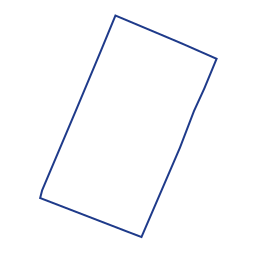 Seneca, Ohio, United States of America, rotated 113°
{"feature_id": "52423323B66347180618520", "entity_name": "Seneca", "entity_type": "district", "adm_level": 2, "iso_a3": "USA", "parent_name": "United States of America", "parent_adm1": "Ohio", "projection": "natural_earth1", "projection_center": [-83.185, 41.124], "detail": "fine", "context": "isolated", "style": "outline", "palette": "blue", "viewbox_px": 256, "rotation_deg": 113, "n_neighbors": 0, "source": "geoboundaries", "source_scale": "gbopen_adm2", "svg_char_len": 320}
<svg xmlns="http://www.w3.org/2000/svg" viewBox="0 0 256 256"><g transform="rotate(113 128 128)"><path d="M29.2,110.1L29.2,125.4L29.4,183.5L67.9,183.1L132.2,182.8L218.9,182.7L226.8,181.5L223.7,89.0L223.1,73.0L125.9,72.5L86.5,73.9L61.9,73.2L29.7,73.5L29.2,110.1Z" fill="none" stroke="#1e3a8a" stroke-width="2"/></g></svg>